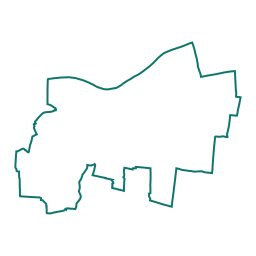 Kota Mojokerto, Jawa Timur, Indonesia (orthographic projection)
{"feature_id": "22746128B53956788697299", "entity_name": "Kota Mojokerto", "entity_type": "district", "adm_level": 2, "iso_a3": "IDN", "parent_name": "Indonesia", "parent_adm1": "Jawa Timur", "projection": "orthographic", "projection_center": [112.435, -7.471], "detail": "fine", "context": "isolated", "style": "outline", "palette": "teal", "viewbox_px": 256, "rotation_deg": 0, "n_neighbors": 0, "source": "geoboundaries", "source_scale": "gbopen_adm2", "svg_char_len": 5527}
<svg xmlns="http://www.w3.org/2000/svg" viewBox="0 0 256 256"><path d="M201.1,76.9L200.9,75.9L200.3,73.4L199.1,70.2L198.3,67.8L197.8,66.3L197.8,64.2L197.2,61.4L196.8,59.0L196.2,56.6L195.6,54.4L194.8,50.9L194.2,48.8L193.3,45.6L192.2,42.6L189.4,43.5L185.2,45.2L181.4,46.7L176.2,48.4L172.4,49.6L168.2,51.3L167.7,51.5L164.5,52.9L162.0,54.6L157.9,58.1L154.5,61.8L149.7,66.2L143.3,71.1L138.8,74.3L133.9,76.8L131.1,78.7L128.5,80.1L126.4,81.4L122.6,83.9L121.3,85.1L117.0,87.6L115.6,88.1L114.6,88.3L114.6,88.2L112.8,88.5L110.1,89.0L108.6,89.3L107.5,89.4L104.1,89.2L97.2,87.0L93.3,84.8L88.6,82.5L82.9,80.2L75.6,78.1L68.8,77.2L67.7,77.3L60.3,77.6L56.8,78.0L56.6,78.0L55.3,78.1L53.0,78.4L49.9,78.8L49.2,78.8L48.0,79.1L47.8,80.0L47.7,82.1L47.5,91.2L47.5,104.2L49.8,104.8L51.9,105.9L54.0,107.4L55.5,108.1L55.6,108.5L55.6,108.9L55.9,109.4L56.0,109.6L56.0,110.1L55.8,110.3L55.4,110.2L54.8,110.1L54.6,110.6L54.4,110.7L53.4,110.8L53.2,111.2L51.0,111.8L48.1,112.0L46.2,112.2L45.8,112.2L43.4,112.8L41.0,114.9L38.7,117.4L36.8,119.6L36.6,120.1L36.3,120.2L35.5,121.1L35.0,121.7L35.1,122.5L35.5,122.9L35.8,123.6L34.7,124.0L34.2,124.0L33.9,124.1L33.9,124.3L33.9,124.8L34.5,126.1L34.5,126.4L34.0,127.4L34.1,128.5L34.9,130.3L36.1,133.1L36.8,134.4L36.2,134.6L34.8,135.3L34.1,135.8L32.4,136.5L31.7,140.0L31.2,141.9L30.7,143.4L30.1,144.9L29.9,145.9L29.9,146.2L29.3,149.2L29.0,151.3L28.6,152.3L27.4,151.9L25.6,150.1L25.1,150.2L24.3,149.2L23.7,148.7L22.8,148.7L20.8,149.6L18.6,150.8L18.0,151.0L17.8,151.3L16.3,151.4L16.2,153.5L16.0,154.9L15.8,158.6L15.7,161.0L15.4,164.8L15.4,167.7L16.0,168.6L16.3,168.9L16.5,169.3L16.5,170.4L16.5,170.8L16.8,171.1L17.6,171.5L18.5,171.5L19.0,171.5L19.1,172.6L19.1,174.1L19.1,176.1L19.1,176.7L19.2,177.5L19.6,178.3L19.6,178.9L19.7,180.3L19.7,180.5L19.7,183.5L19.7,185.7L19.8,186.1L19.8,188.8L20.0,189.2L20.1,189.7L20.0,190.3L19.9,190.7L19.9,192.7L20.0,193.6L20.0,194.6L20.1,196.2L20.5,196.2L20.5,196.3L23.2,196.5L36.2,197.3L37.7,197.3L39.7,197.5L40.7,197.9L41.0,198.2L40.9,200.1L42.7,200.3L43.7,201.4L44.3,202.0L46.2,203.9L46.3,205.9L46.3,206.2L46.6,206.2L46.5,207.4L46.6,207.5L46.6,208.2L46.6,208.7L46.7,209.5L46.7,210.1L46.6,211.5L46.7,212.4L46.9,213.2L49.4,213.4L50.4,213.4L51.8,213.1L53.1,212.7L57.1,211.9L59.9,211.4L63.6,210.7L64.3,210.3L64.8,209.9L65.0,209.5L65.2,209.2L66.1,209.8L66.5,208.4L69.3,208.5L70.3,208.6L71.1,208.9L71.3,208.8L72.0,208.6L75.1,209.1L75.3,209.1L76.2,207.0L76.3,206.1L76.3,205.5L76.5,203.8L76.9,202.9L78.3,201.3L79.6,199.7L80.4,198.2L80.8,196.7L80.6,195.5L80.2,194.4L79.8,193.6L79.3,192.4L79.2,192.0L78.8,191.2L79.2,190.1L79.5,189.3L79.6,188.5L79.8,187.1L79.5,184.3L79.2,182.5L79.9,180.6L80.5,180.2L81.2,178.7L81.8,177.2L82.0,176.4L82.2,175.9L82.5,174.5L83.8,173.1L84.8,171.6L85.5,170.7L86.2,169.6L86.9,168.5L87.2,167.5L87.2,166.4L87.3,165.0L87.8,165.1L88.0,165.0L88.3,165.2L88.7,165.3L89.3,165.4L90.9,165.5L92.6,165.1L94.0,164.6L94.7,164.1L94.9,164.5L94.9,164.9L95.2,165.2L95.1,165.9L94.1,170.5L92.6,175.2L100.7,177.0L102.2,177.3L105.4,177.9L105.3,178.2L106.1,178.4L107.3,178.6L111.3,179.5L112.1,179.7L111.7,179.9L111.6,180.3L112.2,180.9L112.3,181.0L113.0,182.0L113.4,183.1L113.1,183.5L112.4,183.5L112.2,183.8L112.2,184.0L112.4,185.2L112.4,186.1L112.5,186.6L112.1,187.0L112.1,187.9L112.7,188.0L114.2,188.5L114.5,188.5L115.8,188.8L119.4,189.8L119.9,189.9L120.0,189.8L123.9,190.9L124.0,186.3L124.2,182.7L124.3,180.3L124.6,178.8L124.1,178.2L123.6,177.6L123.4,177.4L123.5,176.7L124.0,176.4L124.1,175.9L124.3,173.6L124.1,173.1L123.8,171.2L124.0,170.0L124.2,168.9L124.4,167.8L124.7,167.9L125.2,168.0L125.3,167.9L127.4,168.3L129.9,168.9L131.8,169.3L132.7,169.5L133.0,168.2L135.7,168.4L135.9,168.3L135.8,166.9L143.9,167.6L150.5,168.3L150.5,171.2L150.6,172.5L150.6,172.9L150.6,173.1L150.6,173.9L150.6,177.1L150.6,178.7L150.5,180.0L150.5,180.4L150.5,180.9L150.5,181.2L150.5,181.3L150.4,183.3L150.3,185.7L150.4,187.0L150.4,190.6L150.4,191.7L150.4,193.1L149.3,193.5L149.0,193.6L149.2,194.3L149.1,195.4L149.1,195.5L148.9,196.1L150.2,198.5L150.2,199.1L150.2,199.3L150.1,200.1L150.0,200.4L150.6,200.6L151.4,200.9L151.6,200.9L152.2,201.1L152.9,201.3L153.3,201.4L154.0,201.6L156.6,202.4L157.4,202.6L158.3,202.9L159.6,203.3L161.9,204.1L162.0,204.1L171.7,206.7L172.2,202.1L172.8,197.5L172.8,197.4L173.3,193.9L173.6,191.7L175.2,178.3L175.2,178.2L176.4,168.3L177.0,168.5L178.5,168.7L181.7,169.8L181.8,169.9L182.7,170.0L183.0,170.1L183.4,170.1L183.5,170.1L187.0,170.6L187.5,170.7L188.7,170.8L188.9,170.9L190.1,171.0L191.3,171.1L192.3,171.3L193.7,171.6L194.8,171.6L195.6,171.6L195.8,171.6L196.5,171.5L196.9,171.5L197.9,171.4L199.1,171.4L200.9,171.3L201.3,171.3L201.6,171.3L201.9,171.3L202.5,171.4L203.0,171.6L203.2,171.8L203.5,171.9L203.9,172.1L204.8,172.3L206.4,172.5L208.9,172.7L212.0,173.1L212.5,168.9L212.6,166.3L212.8,163.2L212.8,162.6L213.3,156.7L213.8,150.2L214.3,144.9L215.0,138.3L215.1,137.5L215.2,136.8L215.6,136.5L217.2,136.6L219.1,136.8L220.6,136.7L222.2,136.4L223.1,136.3L224.6,136.6L226.0,137.0L226.8,137.1L227.5,137.0L227.5,136.8L227.5,136.7L227.4,136.1L227.0,135.1L227.1,133.8L227.9,130.8L228.6,127.6L229.2,124.2L229.4,122.6L230.0,116.8L230.2,115.1L236.9,115.7L237.2,114.9L237.8,110.7L239.2,104.4L240.6,97.3L238.9,97.0L237.0,96.9L236.1,96.7L236.1,96.4L236.1,95.8L236.2,94.7L236.2,94.0L236.2,93.3L236.1,91.9L236.0,90.7L235.9,90.7L234.9,71.1L229.4,71.6L223.4,72.6L222.1,72.9L220.7,73.2L217.2,73.9L216.6,74.1L215.0,74.3L213.5,74.6L211.4,75.0L210.3,75.1L210.2,75.2L209.6,75.3L208.7,75.4L207.7,75.5L206.6,75.8L205.3,76.1L204.0,76.3L202.6,76.6L201.1,76.9Z" fill="none" stroke="#0f766e" stroke-width="2"/></svg>